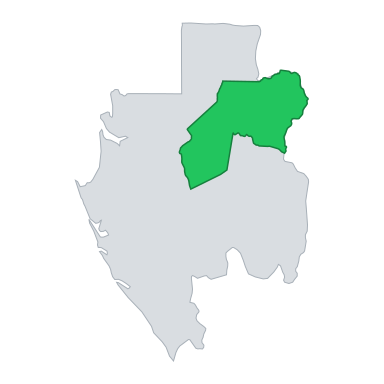 Gabon, with Ogooué-Ivindo highlighted
{"feature_id": "GAB-2186", "entity_name": "Ogooué-Ivindo", "entity_type": "Province", "adm_level": 1, "iso_a3": "GAB", "parent_name": "Gabon", "parent_adm1": "", "projection": "equal_earth", "projection_center": [13.011, 0.34], "detail": "fine", "context": "in_parent", "style": "filled", "palette": "green", "viewbox_px": 384, "rotation_deg": 0, "n_neighbors": 0, "source": "natural_earth", "source_scale": "10m", "svg_char_len": 6405}
<svg xmlns="http://www.w3.org/2000/svg" viewBox="0 0 384 384"><path d="M260.7,30.7L260.5,34.5L257.3,43.8L255.8,51.0L255.4,58.6L256.3,64.7L257.8,69.1L258.8,73.9L258.0,77.2L256.5,78.6L257.5,80.3L259.9,80.7L263.8,79.3L269.9,76.7L277.9,73.0L283.2,71.0L291.8,72.3L296.5,73.7L298.8,76.3L301.4,87.2L302.7,88.9L304.7,93.6L306.5,99.2L306.9,102.0L306.7,104.1L304.9,107.1L302.9,111.5L302.2,114.2L300.6,116.2L298.5,118.2L292.7,119.0L291.8,120.2L290.2,124.9L287.1,128.9L285.7,132.7L284.5,137.8L284.7,144.1L284.1,153.1L283.5,159.2L285.0,161.4L292.0,162.8L293.3,164.1L295.1,167.8L297.5,171.4L303.8,173.6L306.3,176.4L308.3,179.3L308.6,181.8L307.1,191.6L305.7,201.0L306.3,208.2L306.8,215.0L307.5,225.0L307.2,231.1L305.4,234.8L305.4,237.7L306.2,241.2L304.6,250.9L303.6,252.5L300.8,254.3L299.3,256.9L298.8,261.0L297.3,266.6L295.7,268.7L295.7,271.3L297.2,273.2L297.2,276.1L294.4,279.6L292.7,282.2L288.9,283.5L284.6,282.2L283.6,280.2L284.6,277.2L284.2,274.8L282.8,272.3L280.5,265.8L278.4,264.4L277.3,267.1L273.8,272.0L267.6,278.4L263.2,278.9L255.2,276.9L248.5,273.9L245.3,266.4L243.3,260.3L240.5,253.2L237.3,249.8L233.8,247.6L232.3,247.5L227.4,251.4L225.9,253.0L225.9,256.3L226.4,259.5L227.1,261.0L227.8,263.0L227.7,266.1L226.8,270.2L226.5,274.8L211.1,279.3L208.4,277.7L206.5,275.6L204.1,276.0L197.5,278.3L195.0,276.7L192.6,275.5L191.5,276.5L191.4,278.4L192.5,289.2L192.1,293.3L190.6,298.7L189.9,302.3L193.9,303.3L195.4,305.0L196.9,307.8L198.8,310.3L199.0,311.8L196.7,314.6L196.0,318.1L197.0,320.8L199.8,323.6L203.9,326.6L205.8,328.5L205.6,330.3L203.8,334.0L203.1,337.2L201.8,340.1L202.0,342.7L203.9,345.2L203.7,347.4L202.4,349.0L199.9,348.7L197.8,348.9L195.8,348.2L189.8,339.7L188.5,339.5L179.8,346.0L177.7,348.7L175.9,352.6L173.5,361.0L169.5,356.1L166.1,347.2L162.1,341.7L153.7,332.8L151.5,326.3L141.9,311.9L128.1,297.5L118.1,285.0L116.6,282.3L118.3,282.6L127.9,288.8L129.2,288.1L130.3,286.7L126.2,283.5L122.2,280.9L118.5,279.3L114.8,279.5L112.7,276.8L111.3,272.8L110.6,269.4L109.0,265.8L103.7,258.4L102.4,255.5L99.5,251.6L101.3,251.1L106.9,254.8L107.4,253.3L107.0,251.1L101.3,247.6L98.2,247.4L97.5,244.9L97.9,242.0L93.8,231.2L89.6,223.1L88.9,219.3L100.3,236.9L101.8,237.2L103.8,237.0L108.6,235.0L107.7,232.7L105.5,230.2L103.5,231.3L100.8,231.6L99.4,230.5L98.8,228.7L101.4,220.2L100.3,220.6L99.4,222.1L97.9,222.9L95.7,223.3L90.1,218.7L85.1,206.4L83.8,203.9L82.5,199.6L81.1,197.8L75.4,180.3L77.6,181.6L80.2,186.7L85.3,185.6L87.2,182.7L89.0,182.8L90.7,182.1L92.9,179.3L99.4,167.3L101.1,151.3L100.5,141.9L99.6,132.5L101.7,129.5L102.6,131.5L103.0,134.8L104.0,137.3L106.3,139.5L110.6,140.1L117.2,143.5L119.6,145.8L120.2,141.3L127.8,137.6L125.5,136.2L118.8,137.7L109.5,132.1L106.4,128.5L103.5,121.7L100.5,118.2L100.7,115.0L107.4,112.0L109.2,112.4L109.9,115.9L111.7,117.3L112.4,116.8L112.7,113.8L112.7,105.8L110.6,94.3L111.3,92.1L113.1,91.3L114.7,89.7L115.9,89.5L118.1,89.7L119.3,92.4L119.9,93.9L122.1,94.6L124.0,96.0L125.6,95.6L127.0,93.9L128.9,93.6L135.0,93.6L140.5,93.6L151.5,93.7L162.4,93.7L173.4,93.8L181.7,93.8L181.6,87.2L181.6,77.1L181.5,65.1L181.5,53.6L181.5,42.9L181.4,30.4L181.9,26.8L182.4,25.3L182.2,23.2L190.7,23.0L206.1,24.0L212.8,23.8L214.7,24.0L223.1,23.4L229.8,24.2L232.7,25.1L235.3,25.5L243.5,26.1L254.1,25.4L257.7,25.5L259.7,27.3L260.7,30.7Z" fill="#d9dde1" stroke="#a8b0b8" stroke-width="1"/><path d="M256.3,81.7L256.7,81.8L257.5,81.6L258.9,81.8L259.7,81.5L260.5,81.1L261.2,79.9L262.0,79.7L262.6,79.5L262.9,78.5L263.2,78.1L264.0,77.8L264.9,77.7L265.5,77.7L266.9,78.4L268.2,78.7L269.4,78.7L270.7,78.4L271.3,77.9L272.2,76.2L273.6,75.5L274.2,74.9L274.7,74.4L275.5,74.3L275.9,74.3L276.3,74.3L277.0,74.1L277.3,73.9L277.8,73.4L278.0,73.3L278.7,73.6L278.8,73.7L279.3,73.5L279.4,73.3L279.9,72.0L280.3,70.6L280.3,70.4L280.9,70.2L288.5,71.2L289.2,71.4L289.9,72.0L290.5,72.7L291.2,73.4L292.0,73.4L293.5,72.7L294.2,72.4L295.0,72.5L296.6,73.1L296.9,73.4L297.2,73.8L297.5,74.1L298.0,74.2L298.0,74.5L298.1,74.8L298.4,75.1L298.9,75.4L299.3,75.8L299.6,76.4L300.2,79.8L300.3,81.2L300.2,85.3L300.6,86.7L301.2,87.9L303.1,89.1L303.7,90.2L304.3,93.0L304.8,94.2L305.3,95.4L306.0,96.5L306.8,97.4L307.7,98.1L308.0,98.5L308.0,99.3L307.6,99.8L307.1,100.2L306.8,100.6L307.0,101.3L307.2,103.8L305.8,106.0L304.0,108.2L302.8,110.4L302.7,113.2L302.4,114.4L299.4,117.9L299.3,118.2L299.1,118.4L298.5,118.7L296.5,118.8L294.2,118.5L292.2,118.8L291.0,121.1L291.5,122.3L291.7,123.4L291.5,124.5L290.8,125.7L287.8,127.9L287.0,129.1L285.5,133.4L284.1,136.2L284.0,137.5L284.2,138.9L284.6,140.5L284.8,141.9L284.9,145.8L285.2,146.2L285.7,146.2L286.1,146.3L286.5,147.0L286.4,147.5L285.8,148.5L285.7,149.1L285.7,149.9L285.9,150.5L286.0,151.0L285.6,151.7L285.1,152.3L284.6,153.2L281.6,151.8L279.7,149.8L278.8,149.1L278.0,148.7L269.9,146.3L269.3,146.2L267.7,146.4L260.2,146.0L259.4,146.0L259.0,145.9L258.6,145.6L258.2,145.3L257.8,145.1L256.7,145.1L256.2,145.0L255.7,144.8L255.3,144.4L253.8,143.4L253.5,143.0L253.4,142.5L252.6,139.2L252.5,138.1L252.3,137.7L251.7,137.0L251.1,136.3L250.8,136.1L249.6,136.3L249.2,136.3L248.9,136.2L248.7,136.1L248.3,135.9L247.6,135.3L246.9,134.6L246.6,134.5L245.4,135.9L245.0,136.3L244.4,136.4L243.9,136.3L242.7,135.8L241.7,135.6L240.9,135.7L240.5,135.5L240.1,135.1L239.9,134.6L239.6,134.1L239.2,133.7L238.9,133.3L238.5,133.0L238.0,132.9L235.3,134.6L234.9,134.7L234.5,134.6L234.2,134.3L233.8,133.9L233.5,133.4L233.2,133.1L233.0,133.3L226.9,170.0L220.6,174.4L190.8,189.1L189.6,185.7L189.5,185.2L188.8,180.8L188.2,179.0L187.7,178.0L187.4,177.5L185.9,175.8L185.6,175.3L185.3,174.7L184.7,171.9L184.6,171.1L184.6,169.7L184.6,168.9L184.5,168.2L184.3,167.6L182.2,163.4L182.0,162.8L181.8,162.3L181.8,161.8L181.8,160.5L181.9,158.9L181.7,156.5L181.4,154.6L181.3,154.2L181.0,153.9L180.6,153.7L180.3,153.6L179.9,153.5L179.7,153.2L179.4,152.5L179.4,152.0L179.5,151.5L180.2,149.8L180.5,148.1L180.9,147.6L181.9,146.6L182.5,145.8L188.2,141.8L188.8,141.7L189.3,141.4L189.9,140.8L190.3,140.3L191.1,139.5L191.4,138.9L191.5,138.2L191.4,137.4L191.6,135.7L187.5,129.8L187.3,129.4L187.4,129.0L187.7,128.6L216.7,102.1L217.0,101.6L217.2,101.2L217.4,99.6L217.3,99.3L217.3,99.2L217.2,99.0L217.3,98.7L217.4,98.1L217.4,97.8L217.3,95.8L217.3,94.7L217.4,93.8L217.5,93.8L217.5,93.7L218.7,91.7L219.0,91.0L219.4,89.7L219.5,89.4L219.6,89.1L219.7,88.8L220.3,87.9L220.4,87.7L221.2,85.6L221.7,84.9L221.8,84.7L221.9,83.8L222.0,83.6L222.0,83.4L222.1,83.2L222.6,82.4L222.6,82.2L222.8,81.5L222.8,81.1L256.3,81.7Z" fill="#22c55e" stroke="#15803d" stroke-width="1.5"/></svg>